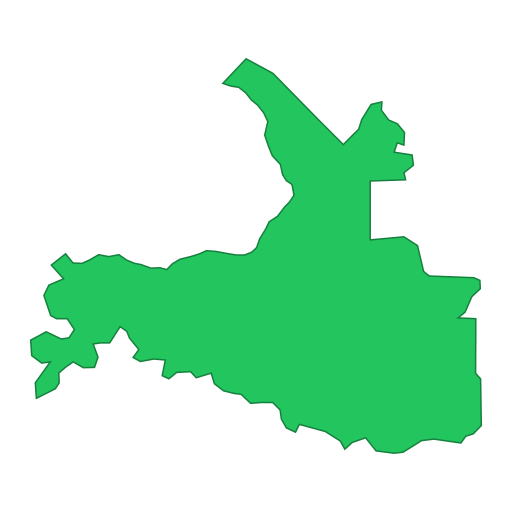 São Valentim, Rio Grande do Sul, Brazil (orthographic projection)
{"feature_id": "56859067B73841069656023", "entity_name": "São Valentim", "entity_type": "district", "adm_level": 2, "iso_a3": "BRA", "parent_name": "Brazil", "parent_adm1": "Rio Grande do Sul", "projection": "orthographic", "projection_center": [-52.582, -27.536], "detail": "fine", "context": "isolated", "style": "filled", "palette": "green", "viewbox_px": 512, "rotation_deg": 0, "n_neighbors": 0, "source": "geoboundaries", "source_scale": "gbopen_adm2", "svg_char_len": 1894}
<svg xmlns="http://www.w3.org/2000/svg" viewBox="0 0 512 512"><path d="M404.5,132.5L397.3,123.7L388.8,120.1L381.4,110.3L381.9,101.9L371.1,104.4L361.7,119.7L358.7,129.2L353.0,134.8L343.3,144.6L317.6,118.9L273.0,73.4L246.1,58.8L222.8,83.4L231.3,86.2L238.7,87.3L245.7,92.8L251.3,99.9L257.7,105.2L263.8,113.0L267.8,121.6L264.7,135.1L268.5,146.3L272.3,155.7L280.4,164.5L282.6,174.7L286.4,180.7L292.0,184.5L294.0,195.3L289.5,202.0L284.6,207.0L277.5,216.3L269.2,221.7L266.0,228.5L259.7,238.8L256.6,247.6L251.7,252.2L244.6,255.0L236.2,255.0L228.2,253.7L215.6,251.4L206.4,250.7L199.3,253.9L191.0,256.5L179.8,259.3L172.4,263.8L166.8,269.6L160.1,267.8L150.7,268.1L141.1,264.6L134.4,263.3L126.7,260.1L118.9,254.7L108.8,256.6L98.7,254.7L89.3,260.1L81.9,263.4L73.0,263.0L65.6,253.8L51.3,265.1L63.6,278.8L48.9,285.1L43.9,295.4L50.7,315.6L56.7,318.7L67.2,318.7L74.4,329.5L69.0,337.8L61.2,339.0L46.2,331.8L30.7,340.1L31.7,355.6L41.7,363.1L50.3,361.9L35.3,382.8L36.4,398.3L55.3,388.8L59.2,382.8L58.8,373.0L65.7,367.1L73.2,361.9L83.3,367.7L94.5,367.4L98.0,357.2L93.2,344.0L100.5,342.9L109.7,342.9L120.1,326.7L126.8,331.3L129.5,338.1L138.8,349.5L133.1,357.5L140.4,361.5L153.8,359.0L165.3,360.0L162.2,375.7L168.9,378.8L176.7,372.4L190.6,371.7L196.2,377.7L211.2,373.2L214.4,383.7L223.5,390.8L233.8,393.4L241.1,394.3L250.6,403.3L261.4,402.5L272.7,402.5L280.1,410.0L281.4,419.1L286.4,427.9L295.5,432.2L299.3,424.4L325.3,431.5L340.3,441.0L344.8,449.2L352.3,442.4L365.6,437.8L376.1,450.9L394.0,453.2L403.1,452.2L421.6,440.6L433.9,439.1L460.9,443.0L465.8,436.2L473.2,433.9L481.3,425.6L480.6,378.9L475.6,373.3L475.8,318.7L458.1,317.9L465.1,312.1L471.8,296.7L480.3,288.7L479.9,280.4L473.8,277.7L429.2,276.0L423.6,271.4L417.5,245.6L403.9,236.8L370.2,239.9L370.2,181.0L405.6,179.8L404.0,172.7L413.4,165.2L412.1,155.0L394.1,152.2L397.3,142.8L403.9,145.1L404.5,132.5Z" fill="#22c55e" stroke="#15803d" stroke-width="1.5"/></svg>